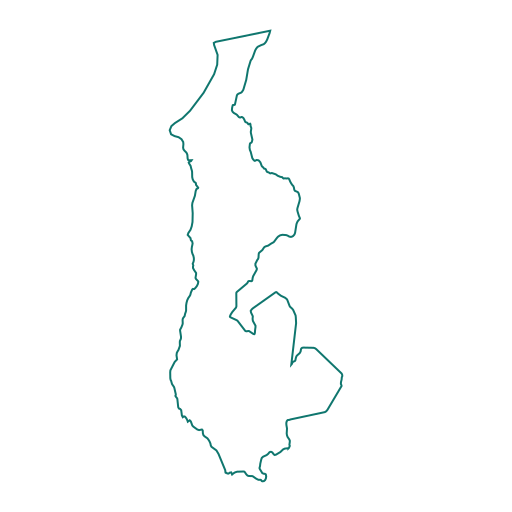 the border of Luapula
{"feature_id": "ZMB-514", "entity_name": "Luapula", "entity_type": "Province", "adm_level": 1, "iso_a3": "ZMB", "parent_name": "Zambia", "parent_adm1": "", "projection": "equal_earth", "projection_center": [29.278, -10.414], "detail": "fine", "context": "isolated", "style": "outline", "palette": "teal", "viewbox_px": 512, "rotation_deg": 0, "n_neighbors": 0, "source": "natural_earth", "source_scale": "10m", "svg_char_len": 6096}
<svg xmlns="http://www.w3.org/2000/svg" viewBox="0 0 512 512"><path d="M189.0,160.3L188.0,159.8L187.6,158.3L187.4,155.0L187.0,153.8L186.4,152.6L184.5,150.7L183.5,149.4L183.1,147.7L183.4,144.1L183.2,142.0L181.5,139.2L178.6,137.2L174.6,136.1L171.1,134.3L169.7,130.2L171.4,126.1L174.9,123.1L182.4,118.3L190.0,110.8L203.6,92.8L214.1,74.2L217.2,64.7L217.6,54.9L214.1,45.0L213.8,42.9L215.9,41.8L270.2,30.7L269.6,33.1L267.2,39.5L266.0,41.8L264.8,43.3L263.7,44.2L261.2,45.1L258.1,46.6L257.4,47.1L256.2,48.6L255.2,50.4L252.9,56.8L252.0,58.8L251.1,59.9L250.6,60.8L248.0,69.3L246.2,80.0L243.5,89.2L243.1,90.2L241.7,92.2L241.0,92.7L238.5,93.7L237.4,94.5L236.9,95.4L235.0,104.2L234.8,104.7L234.4,104.9L233.0,105.0L232.7,105.3L232.1,107.9L231.9,110.2L232.4,111.4L232.8,112.0L233.9,113.0L236.2,114.3L237.0,114.9L238.8,117.0L239.5,117.4L240.3,117.5L241.5,117.0L241.9,117.0L242.9,117.6L243.3,117.9L244.3,119.6L244.9,121.1L245.4,122.0L245.8,122.2L247.1,122.7L247.5,123.0L248.3,124.2L248.6,124.3L250.1,123.7L250.4,124.1L250.5,124.8L250.6,126.1L251.2,127.7L251.3,128.5L250.8,131.8L250.9,133.0L252.4,139.6L252.0,141.3L251.6,142.4L251.3,142.7L250.4,143.1L250.1,143.4L249.9,143.9L249.5,147.3L249.6,148.1L249.9,150.0L250.7,151.8L252.3,158.1L253.2,159.5L254.5,160.8L255.0,160.8L256.6,160.0L258.1,160.2L258.9,160.6L260.4,162.4L261.7,165.9L262.2,166.6L263.1,167.3L264.1,168.6L265.3,168.9L265.8,169.3L266.6,171.2L267.0,171.8L267.5,172.1L268.5,172.3L270.0,173.3L270.4,173.4L271.8,173.0L275.4,174.2L276.2,174.6L277.6,175.7L280.2,176.8L282.2,177.2L283.1,178.2L283.5,178.5L284.9,178.3L286.8,178.5L287.8,178.3L288.6,178.5L289.2,179.2L290.2,181.6L291.2,183.4L292.3,185.0L293.3,186.0L293.9,187.5L294.2,189.3L294.5,190.2L294.9,190.8L297.4,191.9L297.8,192.1L298.4,192.9L298.8,193.8L299.8,197.7L299.9,198.7L299.5,201.2L297.4,208.3L297.2,209.8L297.6,211.7L298.9,215.9L299.7,217.7L299.9,218.2L299.9,218.7L297.6,221.4L296.7,223.4L296.4,224.5L295.1,232.7L294.7,233.9L294.3,234.7L293.0,236.1L291.8,236.7L290.9,236.9L289.3,236.6L287.6,235.6L286.2,235.1L282.5,234.8L280.2,235.3L278.6,236.3L277.9,236.8L276.7,238.2L274.1,241.7L273.5,242.3L271.1,243.6L268.2,245.6L265.6,246.4L264.5,247.0L263.8,247.8L262.3,250.1L259.2,252.7L258.9,253.2L258.7,254.1L258.5,257.6L258.2,258.6L257.9,259.2L257.3,259.9L255.4,263.7L255.4,265.3L255.9,266.6L256.8,268.4L256.9,268.9L256.5,270.2L253.2,276.1L252.7,277.7L252.3,280.3L251.9,281.0L251.4,281.2L249.2,281.0L248.7,281.1L248.2,281.4L247.6,282.6L246.8,283.6L236.8,292.0L236.4,292.6L236.3,293.4L236.4,306.3L236.2,307.0L236.0,307.6L232.3,312.0L230.7,314.5L229.9,316.4L230.0,316.9L230.7,317.4L236.9,320.3L237.7,321.0L245.1,330.7L245.4,331.0L246.3,331.3L248.6,331.0L249.1,331.1L253.4,334.0L254.3,334.2L254.6,333.9L254.9,332.7L255.1,329.9L255.5,327.1L255.5,325.7L253.3,321.7L252.9,320.9L252.7,319.8L252.6,318.6L252.8,316.5L252.6,315.8L251.1,312.7L250.7,310.9L251.6,309.5L252.9,308.3L275.5,292.3L276.2,292.1L276.6,292.2L278.3,293.8L281.0,295.8L285.0,297.7L286.5,298.9L287.0,299.4L287.4,300.2L289.6,306.0L290.1,306.8L292.2,308.7L293.2,310.0L295.6,315.5L295.8,317.3L296.1,323.2L291.3,364.6L291.9,363.9L292.6,362.1L295.0,360.9L295.4,360.2L295.6,359.1L295.9,357.8L296.3,356.6L296.8,355.7L299.7,353.1L300.6,351.5L301.0,349.1L301.6,348.2L302.2,347.8L303.3,347.6L313.5,347.8L314.9,348.2L316.2,349.1L341.6,373.5L342.1,374.5L342.2,375.0L342.3,375.8L342.2,376.4L341.8,377.3L341.6,379.6L341.0,382.0L340.9,383.3L340.9,384.0L341.5,385.4L341.5,386.1L327.4,409.9L326.2,411.3L324.9,412.1L290.2,419.5L289.8,419.8L287.6,420.1L286.7,421.3L286.3,423.0L286.4,425.0L287.0,428.5L286.7,433.5L287.0,435.4L287.6,437.0L289.2,439.3L289.8,440.6L289.8,441.9L289.4,444.8L289.8,445.9L289.5,446.6L289.0,447.8L288.4,448.4L288.4,448.2L284.8,448.6L283.1,449.4L280.4,452.0L276.1,454.6L274.7,455.0L273.8,454.4L272.3,452.4L271.3,451.9L270.2,451.9L269.4,452.3L268.2,453.8L266.6,455.1L263.1,456.7L261.8,457.9L261.3,459.3L260.3,463.6L260.0,466.2L259.7,467.2L259.5,468.1L259.8,469.0L262.3,473.1L263.6,473.7L264.8,473.8L265.8,474.4L266.2,476.4L265.9,478.4L265.1,480.1L263.9,481.1L262.3,481.3L261.7,481.0L261.1,480.1L260.6,479.8L258.4,479.8L256.2,478.7L252.8,476.3L252.2,476.1L248.9,476.0L248.0,475.8L247.2,475.3L246.2,474.2L244.7,472.0L243.9,471.5L237.2,471.7L235.2,472.3L233.5,473.3L232.1,474.5L231.2,472.4L229.9,472.6L228.5,473.6L227.3,473.5L226.5,472.9L225.9,472.9L225.5,472.6L225.2,470.1L218.5,453.9L216.4,450.4L211.5,446.8L210.8,445.5L210.4,443.5L209.5,441.4L208.4,439.6L207.4,438.3L204.5,436.3L203.4,435.1L202.9,433.4L202.7,430.4L201.9,429.5L199.1,430.1L197.3,429.5L193.3,426.6L192.3,425.5L190.8,421.4L189.7,420.3L187.8,421.7L187.5,420.7L186.5,418.6L185.4,417.1L184.7,416.5L183.8,416.4L182.8,417.2L181.9,415.5L181.2,410.2L180.2,409.0L178.9,408.5L178.2,407.1L177.4,399.5L177.2,398.4L176.0,396.9L175.4,395.9L175.7,395.4L175.8,394.3L174.3,387.8L173.9,386.8L172.7,385.1L172.0,384.0L171.1,380.8L170.6,379.9L170.3,378.2L170.2,372.3L170.4,370.3L174.6,362.1L174.9,361.7L177.1,359.4L176.5,355.3L176.8,352.9L177.6,351.3L178.4,350.1L179.9,345.9L179.8,342.2L179.9,341.0L180.8,339.0L181.0,338.0L181.0,336.6L180.1,330.7L180.1,329.7L181.3,327.5L182.4,324.8L182.7,323.7L182.7,322.5L182.6,320.2L182.7,319.1L183.1,318.1L184.6,316.1L185.1,313.8L185.9,311.5L186.1,310.3L186.1,305.5L186.5,302.9L187.2,300.3L188.3,298.0L189.7,296.0L190.3,294.9L190.9,292.5L192.1,289.8L192.4,289.3L192.9,288.9L194.0,289.1L194.4,288.9L195.6,287.7L196.9,286.0L197.9,283.9L198.3,281.7L197.9,281.0L196.0,279.0L195.5,277.9L196.1,274.3L196.1,273.0L194.1,270.1L193.0,268.0L193.0,266.5L193.3,265.5L192.7,263.8L193.5,261.8L193.8,260.5L193.9,259.1L193.8,257.8L193.3,255.6L192.5,253.9L191.9,251.9L191.6,249.2L191.9,246.8L192.3,245.1L192.6,243.4L192.1,241.2L191.0,240.4L190.8,239.8L190.5,238.1L187.7,234.9L188.4,232.9L190.5,229.8L191.7,226.4L192.5,222.0L192.7,213.2L192.1,205.3L192.4,202.9L194.9,195.8L195.7,191.0L196.5,189.0L198.0,188.2L198.2,187.7L196.0,184.8L195.9,183.2L195.3,182.5L194.6,182.2L193.8,181.4L192.7,179.3L192.2,177.1L192.1,171.9L191.9,170.7L191.2,168.4L190.6,165.9L189.1,163.5L188.7,162.5L189.2,161.9L191.0,161.1L191.6,160.2L189.0,160.3Z" fill="none" stroke="#0f766e" stroke-width="2"/></svg>